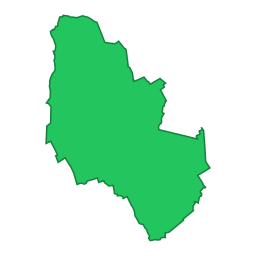 Curtuiseni, Bihor, Romania
{"feature_id": "2599482B62407773842337", "entity_name": "Curtuiseni", "entity_type": "district", "adm_level": 2, "iso_a3": "ROU", "parent_name": "Romania", "parent_adm1": "Bihor", "projection": "albers", "projection_center": [22.231, 47.541], "detail": "fine", "context": "isolated", "style": "filled", "palette": "green", "viewbox_px": 256, "rotation_deg": 0, "n_neighbors": 0, "source": "geoboundaries", "source_scale": "gbopen_adm2", "svg_char_len": 4632}
<svg xmlns="http://www.w3.org/2000/svg" viewBox="0 0 256 256"><path d="M201.5,193.2L200.6,192.9L200.2,191.6L200.7,190.9L201.6,189.9L201.9,189.6L202.2,189.3L202.5,188.8L203.0,188.1L203.5,187.9L203.8,187.9L204.1,187.9L205.2,187.7L205.5,187.4L204.5,186.4L203.0,184.5L202.8,183.9L202.8,183.3L197.7,175.3L201.2,173.3L203.3,172.0L204.0,171.7L204.6,171.3L209.9,167.9L206.0,162.1L205.8,162.1L205.6,160.7L205.3,154.4L205.1,151.4L204.5,142.2L203.9,135.6L203.8,133.1L203.7,132.3L203.7,131.0L203.4,130.3L203.2,129.9L202.5,129.4L202.5,129.0L202.3,128.4L202.1,128.2L201.8,127.9L201.6,128.0L201.8,128.2L202.0,128.4L202.2,129.4L201.5,130.1L200.5,130.4L199.6,130.8L199.3,131.1L199.2,131.7L199.4,132.3L200.1,133.7L199.7,134.3L198.7,134.8L197.5,135.2L196.5,135.6L196.3,136.7L196.8,137.5L197.6,138.9L196.8,138.9L190.3,137.3L184.3,135.8L176.9,134.0L172.2,132.9L161.9,130.4L158.8,129.7L158.6,126.9L158.8,125.9L159.4,124.6L161.0,123.5L161.6,122.0L161.6,121.3L161.4,120.0L161.4,119.7L161.6,118.2L161.8,117.5L162.0,116.9L163.0,115.4L164.0,113.4L162.4,112.7L162.2,112.3L162.0,111.8L162.1,110.9L162.7,109.8L162.6,108.5L162.5,108.1L162.7,107.3L163.2,106.7L164.0,106.2L165.2,102.3L165.2,101.9L165.4,101.6L166.4,101.0L160.4,89.8L164.4,87.1L163.3,84.9L165.6,83.2L160.0,78.5L152.4,82.9L150.1,84.3L149.7,83.4L148.3,81.6L147.3,81.3L144.0,77.1L140.6,78.6L137.3,80.1L133.8,81.4L133.7,81.4L133.7,81.1L133.6,79.8L133.1,79.8L133.0,77.1L132.7,75.1L132.2,72.5L131.5,71.2L131.1,70.5L130.7,69.4L130.1,68.0L129.5,67.7L128.9,67.2L128.5,66.5L128.0,66.0L127.9,65.7L127.8,65.2L128.1,64.6L127.8,63.5L127.6,60.9L126.9,56.0L126.7,53.9L126.1,50.2L126.0,49.6L125.8,49.2L125.7,49.1L125.1,48.7L124.7,48.6L124.4,48.4L124.1,48.1L123.8,47.7L118.6,41.2L116.4,43.0L114.8,43.6L114.1,43.7L113.4,43.6L112.3,43.4L110.7,43.3L109.7,43.3L107.7,42.7L106.9,42.9L104.8,42.4L103.6,39.2L96.9,22.3L94.0,21.3L91.8,19.5L87.9,17.2L82.8,15.9L82.4,15.9L80.8,16.4L76.9,17.7L72.6,17.1L70.4,17.0L69.5,16.9L68.8,16.1L65.9,15.7L63.4,15.4L63.0,15.4L62.9,15.7L62.8,16.4L62.6,16.9L61.9,16.9L61.6,16.9L60.0,16.9L59.1,19.0L58.5,21.1L58.0,22.9L57.6,26.2L55.6,26.4L55.4,27.4L53.8,30.0L53.0,29.4L52.1,30.1L51.3,30.8L50.5,31.3L50.5,32.0L50.7,33.1L51.7,36.0L53.1,38.3L53.5,38.9L54.1,40.7L54.2,41.3L55.7,45.5L55.7,47.1L55.1,50.8L53.3,51.1L53.2,51.4L53.6,52.3L54.3,52.7L54.3,53.0L53.9,53.1L53.9,53.7L54.2,54.3L54.8,54.4L54.9,58.7L54.1,59.7L54.1,59.9L54.2,61.3L54.4,61.9L54.8,64.1L54.8,65.3L55.2,67.7L55.0,70.2L54.4,71.4L52.5,73.6L50.5,78.0L49.6,81.7L49.8,83.3L49.4,86.2L49.5,86.9L50.3,90.1L50.3,93.0L50.1,97.6L49.2,99.4L48.9,99.4L48.5,99.5L48.3,100.0L47.9,101.1L47.1,102.1L46.3,102.9L48.1,103.5L48.3,103.6L48.9,103.9L49.5,104.9L49.8,105.3L51.0,106.8L50.6,123.1L47.0,126.0L46.7,126.1L46.8,128.1L46.6,131.3L46.5,132.9L46.5,133.2L46.5,133.3L46.4,136.2L46.4,136.3L46.3,138.1L46.2,140.5L46.1,143.2L46.1,143.5L47.7,142.7L48.1,142.5L49.3,141.9L49.6,141.8L49.9,141.6L50.3,141.4L50.5,141.3L50.7,141.2L53.1,146.0L54.8,149.1L57.6,155.2L55.7,155.7L58.2,162.4L65.1,157.8L69.9,165.5L70.7,166.7L72.6,170.5L73.9,173.5L76.6,183.1L77.1,184.5L79.0,183.7L80.2,183.2L81.0,183.1L81.5,183.2L82.0,183.3L82.5,183.4L83.0,183.6L83.5,183.9L84.6,184.1L85.9,183.4L86.7,182.7L86.6,181.3L87.9,180.9L91.7,179.8L97.3,178.1L98.3,180.9L98.7,182.4L103.7,180.7L104.5,182.6L104.9,182.9L106.6,184.2L107.2,184.6L108.8,186.0L113.1,185.4L113.8,189.0L114.5,192.6L114.3,193.5L115.3,193.9L117.2,194.3L117.3,195.8L118.3,195.8L120.0,195.6L122.0,196.2L122.8,197.0L123.3,197.7L123.0,198.1L123.0,198.4L123.1,198.6L127.1,196.5L131.5,205.7L132.2,206.4L132.7,207.4L133.2,208.3L133.8,209.7L134.2,211.1L134.5,212.0L134.7,213.8L134.9,215.0L135.1,215.9L135.5,216.6L136.4,218.1L137.3,219.7L138.9,222.7L139.4,223.5L139.9,223.7L141.2,224.1L142.3,224.4L143.0,224.4L143.4,224.7L143.6,225.1L144.0,226.1L144.5,227.2L144.9,227.9L145.5,228.5L146.3,229.2L146.5,229.6L146.8,230.4L147.6,232.6L148.1,233.7L148.9,235.1L149.1,235.5L149.3,236.0L149.5,236.6L149.3,237.1L148.7,237.6L148.5,237.9L149.3,239.3L149.9,240.3L150.5,240.6L151.4,240.4L152.4,240.2L154.3,239.8L155.6,239.5L155.8,239.6L156.0,239.8L156.3,239.8L157.1,239.9L157.7,240.0L159.1,239.8L160.1,239.7L160.9,238.1L161.8,237.8L162.6,237.5L163.8,237.4L165.3,237.6L165.3,232.9L166.4,232.8L168.8,232.2L169.1,232.1L169.4,231.9L180.3,222.9L183.6,220.1L182.9,219.3L193.5,210.5L192.9,209.1L193.0,206.9L193.3,205.8L194.2,204.5L194.9,203.5L195.1,202.9L194.4,201.8L194.7,201.5L198.3,203.0L198.3,202.0L198.5,201.3L198.8,200.1L198.8,199.9L199.1,198.6L199.1,198.2L199.2,197.6L199.8,196.8L200.4,196.4L201.0,196.2L201.4,195.8L201.4,195.7L201.7,194.6L201.5,193.9L201.4,193.7L201.5,193.3L201.5,193.2Z" fill="#22c55e" stroke="#15803d" stroke-width="1.5"/></svg>